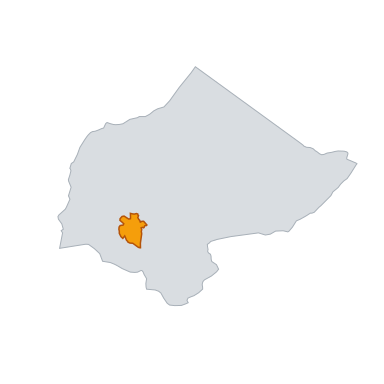 Pader highlighted on a map of Uganda, rotated 216°
{"feature_id": "UGA-3101", "entity_name": "Pader", "entity_type": "District", "adm_level": 1, "iso_a3": "UGA", "parent_name": "Uganda", "parent_adm1": "", "projection": "orthographic", "projection_center": [32.872, 2.852], "detail": "fine", "context": "in_parent", "style": "filled", "palette": "amber", "viewbox_px": 384, "rotation_deg": 216, "n_neighbors": 0, "source": "natural_earth", "source_scale": "10m", "svg_char_len": 3068}
<svg xmlns="http://www.w3.org/2000/svg" viewBox="0 0 384 384"><g transform="rotate(216 192 192)"><path d="M262.9,295.3L258.2,295.3L250.5,295.3L242.7,295.3L235.0,295.3L227.3,295.3L219.6,295.3L211.9,295.3L204.1,295.3L196.4,295.3L188.7,295.3L181.0,295.3L173.2,295.3L165.5,295.3L157.8,295.3L150.1,295.3L142.4,295.3L134.7,295.3L130.1,295.2L129.2,295.1L128.6,294.9L125.6,295.5L122.6,297.4L119.4,298.2L116.0,297.8L115.6,298.0L113.8,298.0L111.3,297.9L109.1,298.3L107.3,300.0L105.6,302.9L102.4,306.1L100.0,309.0L97.9,311.1L93.0,314.4L90.4,315.4L89.1,315.3L88.3,314.6L86.8,310.3L85.9,309.6L76.5,311.8L75.1,311.8L75.2,310.5L74.5,300.3L74.4,294.0L75.7,290.1L76.4,285.6L76.4,281.6L78.1,274.9L77.5,270.8L79.7,256.6L80.3,254.3L81.2,247.4L82.6,245.3L83.8,244.5L85.4,240.3L88.5,233.5L90.6,230.0L90.1,222.5L90.5,217.3L91.0,216.1L95.5,214.2L101.4,209.5L103.9,203.9L107.4,200.3L114.2,198.0L134.4,178.7L143.8,168.4L147.8,163.0L148.0,161.1L148.8,158.6L147.1,156.7L145.2,154.9L144.5,153.2L142.9,152.4L140.5,152.5L138.9,151.3L137.0,148.9L135.2,147.4L129.5,147.6L125.1,145.2L125.2,141.9L126.9,135.5L130.3,128.2L130.5,126.1L130.0,124.4L129.2,122.9L127.7,121.5L126.3,119.7L127.4,114.4L129.5,109.2L131.2,106.7L132.9,103.8L132.4,101.4L130.0,100.2L131.3,97.9L133.9,94.0L139.1,90.0L143.6,87.4L146.6,87.4L152.5,89.5L157.8,92.0L160.7,92.1L164.2,91.1L171.6,86.7L173.3,88.1L175.5,90.8L177.8,95.2L182.4,97.2L184.6,98.6L186.2,99.0L187.1,98.6L188.9,95.2L191.0,93.3L194.9,90.9L203.5,89.0L209.7,88.4L212.3,88.0L216.7,86.9L223.6,83.4L230.4,87.9L237.7,88.8L244.9,88.8L247.1,87.4L248.3,86.3L255.8,78.8L266.0,68.6L272.7,82.9L275.1,83.8L274.7,85.0L274.2,86.2L278.6,89.7L284.1,91.5L286.0,93.3L286.2,95.2L284.4,103.6L284.7,106.0L286.5,114.4L289.7,116.3L292.6,124.8L298.4,128.4L299.3,129.4L300.6,133.5L302.4,138.0L303.8,139.1L304.7,139.3L306.4,144.1L305.4,146.8L306.8,155.0L308.9,162.2L309.5,170.9L309.6,174.8L309.5,177.1L309.0,180.4L308.0,182.4L306.1,184.2L304.1,187.2L302.3,190.3L301.1,191.8L302.0,196.5L301.8,197.8L301.3,198.4L298.7,199.1L295.3,200.4L293.3,201.6L290.4,204.0L288.0,206.6L285.0,214.2L279.8,220.1L279.0,222.0L274.1,225.6L272.0,229.9L270.6,235.2L268.7,239.1L264.7,244.3L263.7,252.6L263.8,269.1L262.8,287.9L262.9,295.3Z" fill="#d9dde1" stroke="#a8b0b8" stroke-width="1"/><path d="M213.9,139.9L209.1,138.8L209.2,138.0L209.8,137.5L210.4,136.8L210.2,135.8L209.9,135.1L210.2,134.5L211.4,134.2L212.1,133.2L211.5,132.6L210.7,132.2L210.2,131.2L209.7,130.1L209.2,129.6L208.7,129.3L208.0,128.4L203.7,120.3L200.9,116.6L201.3,116.2L202.1,116.2L202.7,115.7L209.8,115.7L212.2,114.2L214.3,113.8L215.0,114.2L216.7,114.5L219.0,116.0L220.6,116.9L220.7,113.8L223.2,114.1L226.5,115.8L227.8,117.6L229.2,118.8L230.4,120.8L230.4,122.6L229.5,123.6L228.3,124.6L228.5,126.2L230.8,126.5L233.6,126.7L234.5,128.2L234.2,131.1L232.8,132.6L227.3,132.9L226.1,134.2L227.1,135.7L229.3,138.5L227.3,139.3L225.6,140.3L224.3,141.9L222.9,142.3L222.3,141.6L221.4,141.5L220.8,139.4L219.7,139.0L218.9,138.5L217.8,138.4L217.0,138.0L216.5,137.3L216.0,137.3L215.3,138.9L213.9,139.9Z" fill="#f59e0b" stroke="#b45309" stroke-width="1.5"/></g></svg>